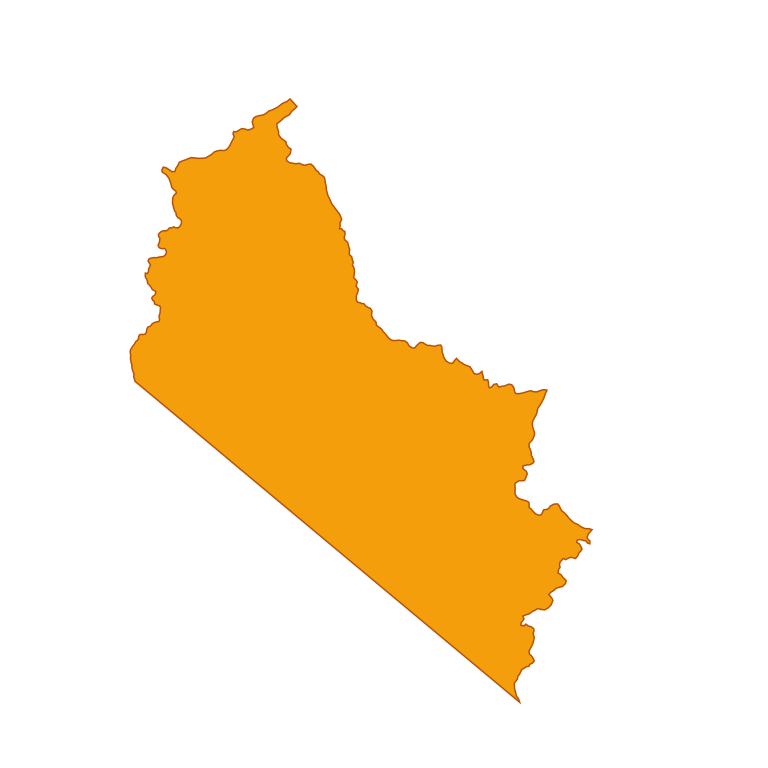 Canaã dos Carajás, Pará, Brazil (Albers equal-area conic projection), rotated 220°
{"feature_id": "56859067B37247033105126", "entity_name": "Canaã dos Carajás", "entity_type": "district", "adm_level": 2, "iso_a3": "BRA", "parent_name": "Brazil", "parent_adm1": "Pará", "projection": "albers", "projection_center": [-50.061, -6.482], "detail": "fine", "context": "isolated", "style": "filled", "palette": "amber", "viewbox_px": 768, "rotation_deg": 220, "n_neighbors": 0, "source": "geoboundaries", "source_scale": "gbopen_adm2", "svg_char_len": 6152}
<svg xmlns="http://www.w3.org/2000/svg" viewBox="0 0 768 768"><g transform="rotate(220 384 384)"><path d="M639.2,542.0L640.1,537.6L641.3,535.7L642.4,532.8L643.4,527.7L645.9,522.0L647.7,519.0L648.3,515.5L649.2,513.0L652.6,508.7L654.0,506.6L654.8,503.9L653.4,500.0L648.6,496.7L650.1,493.1L651.7,490.8L654.2,490.1L657.1,488.3L659.4,481.9L661.5,480.8L660.5,478.5L657.6,477.2L657.1,474.9L656.2,470.7L655.4,467.7L655.1,464.7L655.3,462.3L656.5,460.1L659.9,457.5L661.7,455.2L663.1,452.9L663.8,448.4L665.9,442.7L667.5,440.9L671.0,437.7L675.7,434.6L677.3,433.4L680.6,427.3L681.7,425.6L683.4,422.1L682.4,419.0L682.1,415.6L680.8,412.3L682.9,410.4L685.3,410.2L688.0,409.8L690.0,409.6L692.5,408.2L691.6,405.0L690.1,403.8L685.9,404.4L681.1,403.4L677.2,401.2L672.5,398.0L670.3,397.8L667.6,398.0L665.7,396.8L666.1,394.6L666.1,392.5L664.9,390.0L662.3,386.6L658.0,383.5L655.8,382.1L653.5,381.5L651.3,379.5L648.4,379.0L645.4,379.4L643.3,378.1L642.2,376.1L641.8,374.1L642.0,371.4L643.9,369.8L646.2,369.1L647.0,367.1L648.7,365.7L648.7,363.8L649.1,361.5L650.8,360.3L652.5,358.1L653.0,355.9L653.0,353.6L651.3,352.1L649.4,351.6L648.1,349.7L646.8,347.3L646.4,345.3L644.8,344.1L642.8,344.1L640.8,345.1L639.0,346.9L637.0,346.3L635.1,344.9L634.5,342.6L634.8,340.0L636.2,338.6L638.0,336.5L639.6,334.3L641.5,333.0L643.3,330.9L644.4,328.8L643.8,326.6L641.6,325.8L639.5,325.2L638.8,323.0L638.2,320.7L636.8,318.9L636.2,316.6L638.1,315.6L636.8,313.8L635.1,312.2L632.9,311.7L629.5,309.1L627.0,308.9L624.6,308.5L622.6,307.5L620.5,307.7L618.3,308.2L617.2,306.5L616.8,304.4L617.5,302.3L617.1,300.4L614.9,299.5L612.7,299.4L611.3,297.8L609.2,298.4L606.0,299.6L604.1,298.7L603.0,296.8L601.5,295.0L600.6,292.8L599.5,290.8L597.6,289.5L596.6,287.4L598.4,285.1L599.5,283.3L600.3,281.0L600.1,278.2L601.5,275.7L601.0,273.8L599.6,271.2L598.8,269.2L600.1,267.2L601.8,266.1L602.9,264.5L602.4,262.5L601.2,261.0L601.0,259.0L601.4,256.6L600.8,253.9L600.8,251.3L600.4,249.4L600.2,247.3L599.0,245.3L597.4,243.9L595.9,242.5L594.7,240.5L593.0,239.4L591.6,237.8L589.8,236.9L588.0,234.9L586.1,233.3L584.0,232.1L581.8,230.8L580.5,228.7L576.3,226.0L528.2,226.2L474.3,226.4L438.7,226.4L239.4,226.9L75.5,227.4L78.4,229.2L81.9,230.0L84.4,232.0L87.9,234.3L91.9,238.6L92.1,243.8L93.5,245.9L93.6,248.8L94.9,253.6L93.9,256.5L93.4,258.8L91.5,260.8L92.2,262.8L90.7,266.1L90.9,268.5L94.5,270.1L96.4,270.6L98.8,270.6L101.2,272.4L102.8,279.9L103.5,281.8L105.8,286.2L109.5,288.9L110.4,291.3L112.0,292.8L115.1,292.7L117.8,291.4L121.0,291.2L121.2,288.7L124.1,287.2L125.4,289.3L125.6,292.2L125.8,294.1L128.5,295.4L127.1,298.0L125.0,301.3L124.1,305.2L122.9,307.6L121.9,310.8L119.7,311.8L118.0,312.7L115.6,314.4L114.4,317.7L114.0,322.2L115.4,326.6L117.0,327.6L120.0,328.3L122.4,328.6L122.3,331.7L121.2,335.1L120.7,338.6L118.9,341.1L117.1,343.7L116.7,347.8L118.1,350.5L120.8,350.8L123.4,350.9L125.5,351.7L129.3,351.1L131.0,354.1L131.2,356.6L133.5,358.5L134.7,360.9L134.5,363.1L134.6,365.5L131.9,366.2L131.0,368.8L129.3,371.6L125.1,373.4L125.1,376.8L126.1,379.9L125.9,382.2L126.1,384.7L128.9,386.2L131.9,387.1L134.7,386.5L135.6,388.8L133.5,391.1L130.3,392.5L128.6,393.6L125.7,393.0L123.6,393.9L125.2,396.0L128.0,396.2L129.8,396.9L131.1,400.6L131.0,402.7L131.0,406.2L134.0,404.9L137.1,402.4L142.0,401.1L144.6,401.1L148.8,399.9L150.8,399.7L156.6,400.1L158.7,400.7L163.6,401.3L166.4,401.1L169.2,402.2L171.9,403.5L174.0,403.7L176.8,401.0L178.2,397.1L177.8,394.2L179.1,392.2L180.9,390.1L180.0,387.4L179.6,384.4L181.3,383.0L184.2,382.0L187.7,382.2L190.3,382.7L194.0,382.9L195.3,385.1L197.1,386.5L199.9,385.9L204.0,384.1L207.3,382.9L209.5,382.8L212.6,383.7L214.8,386.2L216.8,388.8L219.3,391.2L219.5,393.4L218.2,396.9L215.7,398.9L214.3,400.5L215.2,403.4L216.5,407.3L218.8,408.6L223.0,408.5L224.9,410.4L223.6,412.5L222.0,414.4L220.4,415.8L219.1,418.9L219.2,420.9L221.6,422.5L225.0,423.9L226.9,425.8L229.2,427.6L232.4,429.1L234.4,431.3L234.7,433.6L234.4,435.5L234.8,438.3L235.9,441.6L237.5,443.6L241.7,446.1L243.7,447.8L245.2,449.3L246.3,451.6L247.2,455.4L247.4,457.5L248.5,460.5L250.5,464.1L250.9,468.5L251.2,470.6L252.4,475.7L253.2,477.9L254.4,481.0L255.1,484.0L257.0,483.0L258.8,481.5L260.2,479.1L261.8,476.3L264.1,474.4L266.9,473.4L268.9,471.1L270.5,468.5L272.2,466.0L273.9,464.0L275.8,461.9L278.3,461.5L280.9,463.7L282.8,464.9L285.7,465.5L288.2,464.2L290.4,460.0L292.3,458.0L294.2,455.4L297.8,456.6L299.6,454.3L299.6,450.9L300.8,448.8L302.7,449.9L305.0,452.4L307.3,453.9L309.6,451.5L311.5,452.2L313.1,453.8L315.0,454.9L317.1,456.6L317.5,453.7L318.9,451.2L321.9,449.9L324.7,451.1L327.0,451.7L329.1,452.5L332.7,451.2L335.8,450.3L337.8,450.3L340.3,449.7L345.0,450.2L345.0,447.2L344.8,443.8L347.3,442.1L351.0,441.5L354.7,442.6L359.9,445.8L363.5,449.5L365.6,450.3L367.9,448.0L369.2,445.6L371.3,444.3L373.6,443.1L375.7,441.4L380.9,440.6L383.0,439.1L383.5,436.4L383.7,433.8L383.5,431.8L385.0,430.0L389.3,429.3L392.6,430.6L395.5,430.5L398.3,428.6L401.0,427.0L402.9,424.8L405.4,422.9L407.5,422.2L409.9,422.2L413.5,422.9L415.4,423.3L418.8,423.7L420.7,424.4L423.6,424.4L427.3,424.0L430.0,426.3L434.1,426.8L437.6,428.4L440.0,432.1L443.1,433.2L445.3,432.4L448.5,432.0L451.1,432.6L452.7,431.4L454.8,430.8L456.8,429.7L459.2,430.6L461.8,433.7L462.9,436.9L464.5,440.1L468.4,441.0L469.9,444.8L471.7,445.6L475.6,445.9L477.5,449.2L479.2,451.5L481.3,453.4L484.7,454.9L485.6,457.5L488.2,458.9L490.7,460.8L493.3,460.7L495.4,462.7L496.8,465.1L499.6,466.7L503.0,469.2L506.1,469.2L508.0,469.9L509.2,471.7L510.2,473.8L512.0,475.7L514.2,475.2L516.4,475.7L517.9,474.4L519.3,477.1L521.3,479.1L522.2,482.9L527.2,485.6L531.6,486.5L538.6,488.2L540.5,488.7L542.7,489.9L545.3,491.1L547.9,492.2L553.3,496.0L555.2,498.1L557.1,499.5L558.6,500.7L560.3,502.3L562.5,503.9L565.0,504.1L568.3,503.5L570.9,504.3L573.6,504.1L576.1,505.0L578.6,505.5L581.5,505.4L583.1,503.7L585.3,500.6L588.2,499.3L590.7,498.7L593.2,496.0L598.7,492.8L602.1,492.5L604.0,494.3L603.8,499.6L604.6,501.5L606.3,504.2L609.5,503.8L613.0,504.9L614.8,506.5L617.7,506.4L620.4,506.1L622.9,506.6L625.0,507.3L626.7,509.3L630.9,512.0L633.3,514.4L632.3,518.9L631.8,523.2L630.9,526.1L629.7,528.9L629.6,531.0L630.0,533.5L629.1,538.3L629.0,540.6L639.2,542.0Z" fill="#f59e0b" stroke="#b45309" stroke-width="1.5"/></g></svg>